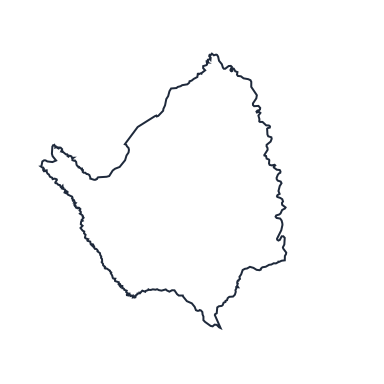 Ribeirão Cascalheira, Mato Grosso, Brazil, rotated 321°
{"feature_id": "56859067B50708946620242", "entity_name": "Ribeirão Cascalheira", "entity_type": "district", "adm_level": 2, "iso_a3": "BRA", "parent_name": "Brazil", "parent_adm1": "Mato Grosso", "projection": "mercator", "projection_center": [-51.621, -12.878], "detail": "fine", "context": "isolated", "style": "outline", "palette": "slate", "viewbox_px": 384, "rotation_deg": 321, "n_neighbors": 0, "source": "geoboundaries", "source_scale": "gbopen_adm2", "svg_char_len": 5919}
<svg xmlns="http://www.w3.org/2000/svg" viewBox="0 0 384 384"><g transform="rotate(321 192 192)"><path d="M90.6,77.0L91.2,79.3L91.7,79.5L91.5,80.8L90.2,81.1L90.0,82.7L90.5,83.0L90.7,82.4L92.7,83.7L91.6,85.2L91.3,86.9L91.8,88.4L91.2,90.7L92.3,92.9L91.8,94.3L93.7,95.2L94.8,96.9L94.6,97.6L91.8,98.5L91.5,99.2L92.5,100.4L92.6,102.3L93.7,103.4L93.1,105.6L93.3,106.1L95.2,105.8L94.5,106.9L94.6,107.5L93.3,107.7L94.7,109.9L94.7,111.0L92.6,112.2L93.3,113.6L95.1,112.7L95.4,113.5L94.0,115.0L93.9,116.0L95.9,120.2L95.6,121.1L94.8,121.4L94.9,122.6L94.3,122.9L94.0,123.8L95.1,124.2L94.7,125.6L93.5,126.1L94.6,127.4L92.6,127.8L92.3,128.4L92.2,129.2L92.8,129.5L92.0,131.0L92.8,132.6L93.4,133.1L93.5,132.4L94.3,133.2L94.5,135.0L93.0,135.6L93.2,137.2L92.5,138.2L91.3,138.3L92.2,141.0L92.0,142.3L91.4,142.5L91.5,143.8L88.8,144.3L88.9,145.5L87.5,145.1L86.9,145.5L85.3,147.1L85.7,149.4L82.7,149.8L82.7,153.3L83.4,154.9L82.1,156.2L82.4,158.2L80.2,160.0L80.1,160.9L81.6,163.3L80.3,163.6L80.1,164.2L81.7,166.5L80.4,168.8L80.6,170.4L81.1,169.3L82.1,170.4L81.5,173.2L80.8,174.1L80.8,175.2L81.6,175.8L81.9,176.7L81.9,178.2L81.2,178.7L82.0,181.5L81.0,183.4L80.9,185.0L79.9,185.9L79.9,187.4L78.5,189.4L77.7,189.6L77.6,191.9L76.8,193.1L77.3,195.4L76.4,196.0L76.4,196.9L77.5,197.6L78.7,201.5L78.3,202.0L78.6,203.7L77.8,204.0L77.4,206.7L76.4,208.8L76.4,209.7L77.8,211.1L76.9,211.6L76.2,212.8L78.3,216.1L77.1,217.3L77.9,217.9L77.8,218.7L76.8,219.0L76.8,220.4L77.5,220.0L77.2,220.8L77.8,221.3L78.3,220.8L78.7,221.2L77.3,222.9L78.0,223.6L78.2,224.7L77.8,225.4L79.1,227.6L77.9,228.3L78.2,230.4L76.9,230.6L76.5,231.2L77.4,232.3L78.3,231.3L78.9,231.1L79.5,231.6L78.6,232.6L79.3,233.5L78.8,234.2L80.9,235.3L79.7,236.6L80.7,236.9L80.7,237.7L81.3,238.0L81.5,237.5L82.3,237.8L82.6,236.9L85.1,237.1L85.7,236.6L87.6,237.8L87.9,237.2L88.6,237.8L91.3,237.4L92.9,240.1L93.6,239.7L96.2,240.6L96.8,240.3L97.0,241.0L98.4,242.2L100.3,243.0L102.2,245.0L103.7,245.6L104.5,247.4L106.3,249.5L110.3,251.2L110.5,252.6L111.7,255.2L114.7,255.8L116.5,257.4L116.1,262.0L116.6,264.2L119.7,266.7L119.3,267.4L119.3,273.6L121.8,278.4L121.8,282.9L120.7,286.3L121.5,287.8L122.6,288.6L123.7,288.6L124.4,289.7L124.5,291.8L123.1,293.9L122.5,296.0L120.2,298.8L120.4,301.2L122.2,307.8L123.5,309.4L126.1,309.3L127.6,310.8L127.9,314.2L128.6,315.7L132.3,302.0L133.1,301.5L134.9,301.8L139.0,297.6L140.9,297.7L143.4,299.2L144.7,299.2L146.9,297.9L148.7,298.5L149.5,297.7L151.2,298.1L152.8,297.0L154.2,296.9L155.1,297.0L158.1,299.1L160.7,298.8L163.2,297.1L164.0,295.6L165.5,295.0L166.5,293.8L167.9,295.1L168.1,293.2L170.0,291.9L169.8,291.2L170.7,290.3L171.8,289.7L172.3,290.2L173.7,289.6L174.6,289.7L175.5,287.8L178.3,287.0L182.3,284.5L184.8,285.0L186.7,286.1L189.9,286.6L192.0,289.6L193.2,293.1L195.3,295.3L196.7,295.6L197.2,294.9L199.3,294.8L202.3,296.5L206.1,297.1L208.0,298.3L210.6,298.8L212.3,300.3L214.8,300.8L215.3,300.5L215.9,301.2L218.4,301.8L221.1,303.5L223.9,300.2L226.0,299.4L227.1,298.4L227.3,293.4L227.8,292.2L230.7,290.9L235.2,286.0L235.1,283.9L233.8,282.9L230.1,284.5L228.6,284.1L228.2,282.6L228.7,281.8L237.3,277.9L241.6,274.5L242.6,273.0L243.7,270.5L243.8,268.1L241.4,265.4L241.4,263.8L242.7,263.2L245.7,264.4L247.3,264.4L250.7,262.7L253.9,263.3L255.0,262.9L254.0,258.7L255.0,257.1L256.8,256.6L257.6,254.4L256.9,252.2L255.2,249.6L255.4,248.7L256.5,248.2L258.9,248.6L259.8,245.7L263.9,242.6L267.1,241.5L267.5,239.7L265.8,237.1L265.9,235.4L266.6,234.3L269.4,232.7L271.1,232.3L272.7,232.6L273.7,231.7L274.0,230.1L271.9,228.0L271.0,224.4L271.5,223.8L273.4,223.7L273.3,222.8L270.7,221.5L269.4,219.8L269.8,218.3L272.1,215.9L272.2,215.1L271.0,213.0L272.2,210.6L271.2,209.3L271.4,208.8L277.3,206.8L278.4,205.3L278.7,203.4L279.7,202.3L284.8,202.3L287.4,200.8L288.1,199.4L286.3,196.7L286.8,194.8L290.2,190.1L291.3,190.1L292.9,190.9L293.7,190.4L293.9,189.6L293.6,188.7L291.6,186.9L290.9,181.9L288.9,180.3L288.7,179.5L290.3,177.7L291.7,174.4L294.9,173.6L294.5,171.8L292.5,171.1L292.7,170.1L294.0,169.9L295.9,170.7L296.8,170.6L297.9,169.6L297.8,166.9L294.3,164.4L294.1,162.8L295.1,161.5L300.9,159.7L303.3,157.6L304.2,147.6L307.4,143.7L307.8,141.9L306.7,139.7L303.6,136.1L302.8,132.8L300.7,130.7L300.8,129.1L302.8,127.4L301.6,125.4L302.1,122.5L301.6,121.7L300.8,121.6L299.4,123.3L298.7,123.1L298.4,122.4L298.6,121.4L301.7,119.8L301.5,118.4L299.8,117.2L295.4,117.1L294.3,116.2L294.3,114.8L295.6,111.5L295.6,107.0L297.5,103.2L297.7,101.2L297.2,100.4L295.0,99.5L294.5,97.0L292.3,97.5L292.2,96.6L291.6,96.6L290.8,97.4L291.0,99.4L289.8,100.6L289.9,99.6L289.1,100.0L287.6,99.2L286.7,100.5L285.7,99.6L285.3,100.1L285.9,101.6L285.0,100.9L284.0,102.3L283.1,102.5L279.9,101.2L278.6,102.8L278.8,105.7L274.4,105.6L273.8,106.0L273.4,105.2L271.2,104.7L271.4,104.1L270.9,103.8L268.5,106.0L264.6,105.2L261.7,105.2L259.8,104.4L258.7,105.3L256.2,105.4L251.6,102.8L249.7,102.6L247.1,101.4L245.3,101.4L240.9,98.4L237.9,99.5L233.8,102.5L230.5,103.6L225.6,107.7L222.1,109.4L220.7,110.7L213.7,111.6L212.2,111.1L212.4,110.2L210.8,109.7L190.7,107.3L169.9,112.6L170.6,113.9L170.2,115.6L170.4,117.8L169.5,119.6L167.5,121.4L164.1,122.4L160.0,125.2L151.5,127.0L146.9,125.5L143.9,125.4L137.7,127.5L135.2,126.4L128.7,121.8L127.8,121.4L126.4,122.1L125.7,121.7L124.9,121.9L123.6,120.9L121.4,117.6L121.9,117.3L122.9,114.2L122.3,112.6L121.4,111.6L121.2,109.9L120.0,108.9L119.7,107.7L120.9,106.5L120.4,106.1L121.1,104.8L120.4,104.7L120.5,103.5L119.4,101.6L120.0,101.3L119.3,99.8L119.4,98.2L120.9,95.7L120.8,93.8L120.1,93.6L119.1,92.0L120.1,90.7L121.4,90.8L120.2,89.9L120.7,88.5L120.2,87.4L119.6,86.7L118.2,86.8L118.0,85.8L118.8,85.8L118.7,84.1L117.7,83.4L117.0,79.8L116.5,79.4L117.1,78.9L117.0,78.1L116.4,77.9L118.0,77.0L117.8,74.9L117.2,74.2L115.7,74.3L115.3,73.4L116.0,73.1L115.1,71.9L113.8,71.4L114.8,70.5L114.3,69.7L114.6,68.9L113.9,68.9L113.6,68.3L112.1,68.8L107.2,74.1L106.2,76.5L106.2,82.0L102.4,80.9L98.8,77.2L98.1,75.3L97.0,74.3L94.9,74.1L91.1,77.3L90.6,77.0Z" fill="none" stroke="#1e293b" stroke-width="2"/></g></svg>